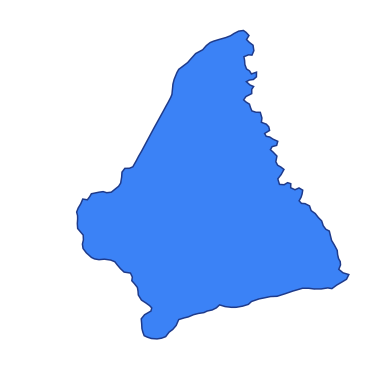 Aroeiras, Paraíba, Brazil (Robinson projection), rotated 71°
{"feature_id": "56859067B93377817008282", "entity_name": "Aroeiras", "entity_type": "district", "adm_level": 2, "iso_a3": "BRA", "parent_name": "Brazil", "parent_adm1": "Paraíba", "projection": "robinson", "projection_center": [-35.699, -7.545], "detail": "fine", "context": "isolated", "style": "filled", "palette": "blue", "viewbox_px": 384, "rotation_deg": 71, "n_neighbors": 0, "source": "geoboundaries", "source_scale": "gbopen_adm2", "svg_char_len": 2637}
<svg xmlns="http://www.w3.org/2000/svg" viewBox="0 0 384 384"><g transform="rotate(71 192 192)"><path d="M324.8,74.3L321.1,70.6L317.6,75.5L312.9,78.4L309.3,75.3L306.0,74.5L302.7,75.1L298.6,74.7L294.5,73.7L288.3,74.7L283.2,75.8L277.9,75.3L273.6,74.9L270.8,77.6L266.6,78.9L261.6,78.8L257.2,80.9L252.5,82.5L248.4,85.4L243.4,85.4L239.8,88.9L238.4,92.2L235.2,93.6L232.5,90.6L229.8,88.6L226.3,86.7L223.0,89.5L223.4,93.9L220.1,97.3L216.3,95.9L214.3,98.6L215.1,102.5L213.3,106.8L207.5,106.6L204.5,102.0L200.6,97.7L197.4,99.8L194.6,102.3L190.7,102.9L185.7,100.0L180.7,102.3L177.5,104.1L175.2,101.5L175.5,96.8L172.0,94.4L168.3,98.3L165.3,100.6L163.5,103.7L160.3,104.3L159.0,98.6L155.4,98.2L152.1,99.6L148.7,103.7L144.8,101.8L138.9,101.5L137.4,105.6L134.8,109.0L131.5,109.2L127.6,109.1L124.7,111.5L121.7,113.2L119.3,109.9L118.4,103.5L114.4,102.1L112.3,99.4L109.6,102.4L105.4,104.7L104.8,101.3L105.6,97.3L104.1,93.6L99.7,92.0L99.7,97.4L96.2,98.2L93.4,100.4L88.7,100.5L84.5,99.4L81.0,98.9L80.7,93.9L82.1,90.7L78.5,87.5L73.1,86.5L69.0,89.2L65.6,90.8L62.6,87.2L58.7,88.9L56.0,90.8L55.1,95.5L55.8,100.6L56.8,104.6L57.0,109.7L56.6,116.9L56.4,122.5L56.6,126.1L58.2,130.7L61.0,135.6L61.7,139.9L62.3,143.5L64.2,146.9L65.9,150.0L68.2,153.9L70.1,159.7L71.7,164.6L74.1,167.3L79.7,172.2L83.8,174.9L88.2,176.9L93.2,179.2L95.6,181.3L99.5,185.4L102.6,188.9L106.2,192.8L110.9,198.0L113.7,201.1L119.2,207.2L133.1,222.2L136.9,226.3L140.8,230.8L144.4,234.6L148.9,239.7L149.2,243.4L147.8,247.8L150.4,251.7L155.1,253.7L160.4,256.6L162.7,259.5L164.1,263.4L165.9,268.4L164.9,272.9L162.7,275.9L161.9,280.0L161.4,283.8L160.9,287.7L163.1,290.2L165.3,293.5L163.1,297.6L166.9,301.0L170.1,304.8L173.4,307.6L177.1,307.9L180.2,308.9L184.5,310.7L189.3,312.0L193.2,310.5L197.3,308.9L202.0,310.3L205.6,312.6L210.0,313.4L215.2,311.7L221.1,308.4L223.5,306.0L225.7,302.0L227.0,296.7L229.9,291.0L232.8,287.7L236.6,286.4L241.2,284.6L245.6,282.3L248.6,276.6L253.0,276.1L256.3,277.8L259.9,276.3L264.5,274.7L268.1,275.3L271.9,276.3L277.7,275.0L281.8,271.8L285.6,269.1L288.5,267.8L291.2,269.6L292.6,276.8L295.4,281.3L300.3,282.5L304.9,283.8L308.5,284.1L312.3,284.0L314.7,281.5L317.3,278.1L319.5,272.9L320.3,268.4L320.2,264.0L317.1,259.4L315.6,254.8L313.0,250.4L308.3,246.1L308.5,240.2L308.9,236.2L308.5,230.5L308.9,225.6L309.9,220.0L309.5,216.3L310.1,211.3L309.5,206.7L307.7,202.7L311.1,198.0L313.9,192.2L315.4,187.7L316.4,181.3L316.6,175.3L314.9,171.4L314.9,163.5L315.6,158.3L316.4,151.9L318.3,145.5L318.5,136.6L318.5,129.0L319.0,118.9L321.1,112.8L323.4,108.2L325.7,101.4L326.9,94.8L328.9,91.2L327.1,85.4L325.7,78.4L324.8,74.3Z" fill="#3b82f6" stroke="#1e3a8a" stroke-width="1.5"/></g></svg>